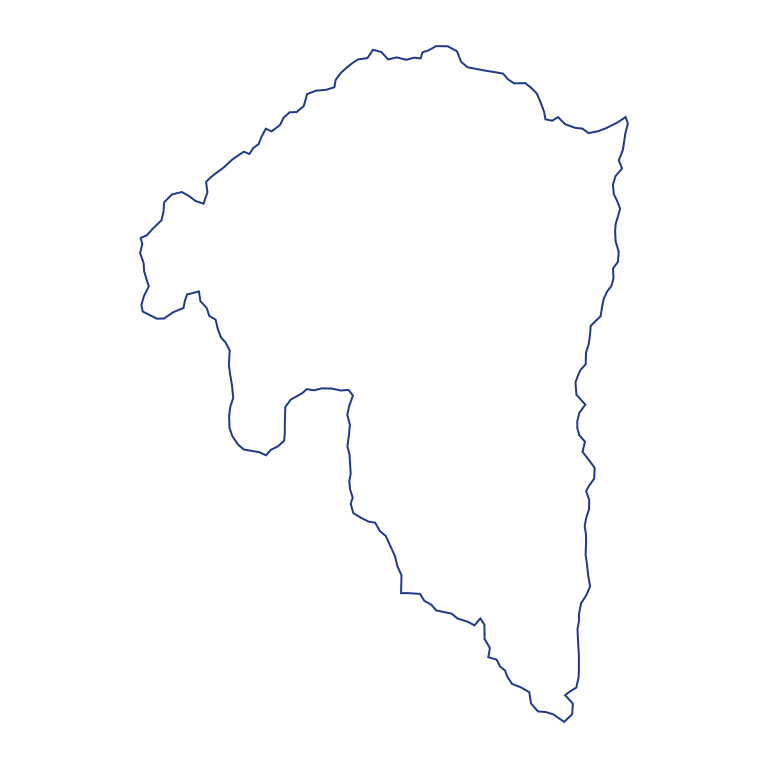 Araucária, Paraná, Brazil
{"feature_id": "56859067B5801785270412", "entity_name": "Araucária", "entity_type": "district", "adm_level": 2, "iso_a3": "BRA", "parent_name": "Brazil", "parent_adm1": "Paraná", "projection": "albers", "projection_center": [-49.447, -25.635], "detail": "fine", "context": "isolated", "style": "outline", "palette": "blue", "viewbox_px": 768, "rotation_deg": 0, "n_neighbors": 0, "source": "geoboundaries", "source_scale": "gbopen_adm2", "svg_char_len": 3118}
<svg xmlns="http://www.w3.org/2000/svg" viewBox="0 0 768 768"><path d="M558.0,117.1L552.2,120.7L545.4,119.3L544.1,111.9L540.5,102.0L536.7,93.3L530.9,87.6L525.3,83.1L514.1,83.4L508.0,79.3L503.1,73.6L494.6,72.1L486.1,70.8L475.5,68.8L467.6,67.3L461.1,61.8L457.0,51.2L447.7,46.3L436.2,46.1L428.2,50.5L422.6,52.2L420.6,58.4L414.1,57.7L406.4,59.8L396.7,57.4L388.1,59.4L381.3,52.0L373.0,49.8L367.4,58.1L358.1,59.4L352.6,62.9L347.0,67.3L340.8,72.9L335.6,80.0L334.4,87.2L326.3,89.8L315.8,90.7L307.1,94.1L303.8,106.0L296.6,112.1L289.6,112.3L283.6,117.7L280.0,125.0L271.6,131.4L265.8,128.7L261.1,137.6L258.7,144.0L253.4,147.9L249.4,154.0L243.8,151.7L238.9,155.0L232.3,159.5L223.8,167.4L216.1,173.1L211.2,176.9L206.1,181.8L207.4,192.4L203.5,203.7L195.4,200.9L189.1,196.1L181.8,192.0L171.8,194.5L164.2,202.3L163.5,211.6L161.5,220.2L152.5,229.0L146.9,235.2L140.7,238.0L142.3,244.2L140.1,253.0L143.6,263.0L144.1,271.1L146.0,277.7L148.8,286.2L143.9,296.2L141.4,305.0L142.7,311.5L151.4,315.9L156.9,318.7L164.0,318.5L173.2,312.2L183.5,308.0L184.9,300.8L187.1,294.4L192.6,293.1L198.9,291.4L200.4,301.2L206.6,307.8L209.3,316.0L215.6,319.6L217.8,329.0L221.0,337.5L225.4,342.3L229.7,350.4L229.2,359.1L228.9,365.5L230.1,374.2L232.0,385.4L233.2,398.0L230.3,406.7L229.1,416.2L229.5,427.8L232.3,436.1L237.8,444.3L243.7,449.5L250.6,450.7L259.2,452.2L266.0,455.3L270.9,449.8L278.0,446.3L284.1,440.8L284.8,433.4L284.8,423.8L285.3,407.0L290.6,399.7L302.2,393.2L306.7,389.2L314.4,390.3L321.5,388.4L331.3,388.5L340.8,390.5L348.5,389.9L352.9,395.6L349.1,406.3L347.3,414.8L349.9,424.7L348.9,435.7L347.4,446.3L349.5,454.2L350.1,464.2L350.7,473.6L349.3,481.0L350.1,489.5L352.7,497.6L350.7,503.9L353.3,513.1L361.0,517.8L368.4,521.6L375.1,522.7L380.1,531.3L385.7,535.9L389.7,544.6L395.0,556.2L397.4,566.2L401.5,575.4L401.3,583.7L401.1,593.1L408.0,593.1L420.0,593.9L424.3,600.8L431.4,604.8L436.2,610.4L451.7,613.7L457.5,618.5L467.3,621.6L474.5,625.3L480.3,618.5L484.4,624.6L484.6,639.0L489.9,648.0L488.3,657.2L496.6,659.6L500.1,666.5L505.0,670.5L507.4,676.8L512.1,684.0L520.8,687.3L529.3,692.2L531.0,703.4L537.9,711.4L545.6,712.0L553.3,714.4L564.2,721.9L572.2,714.1L572.8,703.5L565.1,695.2L570.4,691.1L576.3,687.6L578.7,676.7L578.9,669.0L578.9,655.9L578.3,645.9L577.9,638.2L577.5,628.8L578.9,621.6L579.0,613.7L581.1,603.2L586.1,595.6L590.1,586.4L588.2,575.5L586.8,562.8L585.6,554.9L586.1,541.8L585.9,534.0L584.7,526.1L586.1,518.2L589.0,509.4L589.2,499.7L586.1,491.2L589.0,485.8L594.2,478.6L594.6,467.7L588.1,459.0L582.5,451.8L585.0,441.7L579.2,435.0L577.3,427.9L577.3,421.0L579.4,412.8L585.3,404.6L576.4,394.7L575.5,382.4L577.7,376.2L580.4,370.0L585.7,364.3L586.0,352.6L588.7,344.3L590.0,335.1L590.7,325.9L595.9,320.7L600.6,316.3L602.1,306.7L603.7,298.8L607.3,291.2L611.4,285.9L613.5,278.3L613.0,268.4L617.9,261.9L618.8,251.9L615.6,241.3L615.1,231.0L615.7,223.8L618.4,215.0L620.1,208.8L617.0,200.6L613.9,194.4L612.9,184.8L615.5,176.2L622.0,168.5L618.8,160.2L622.9,149.9L625.4,133.1L627.9,123.5L625.6,117.1L617.4,122.5L606.2,128.1L598.5,131.1L588.6,133.1L582.4,128.6L575.3,127.9L565.1,124.2L558.0,117.1Z" fill="none" stroke="#1e3a8a" stroke-width="2"/></svg>